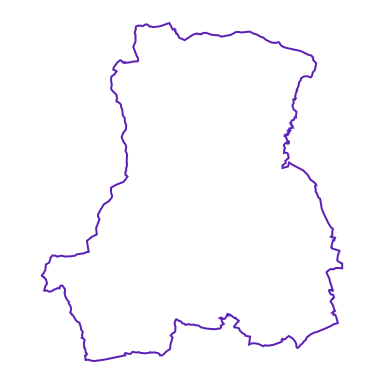 Chiojdeanca, Prahova, Romania (Natural Earth projection)
{"feature_id": "2599482B41397862941548", "entity_name": "Chiojdeanca", "entity_type": "district", "adm_level": 2, "iso_a3": "ROU", "parent_name": "Romania", "parent_adm1": "Prahova", "projection": "natural_earth1", "projection_center": [26.277, 45.174], "detail": "fine", "context": "isolated", "style": "outline", "palette": "violet", "viewbox_px": 384, "rotation_deg": 0, "n_neighbors": 0, "source": "geoboundaries", "source_scale": "gbopen_adm2", "svg_char_len": 5916}
<svg xmlns="http://www.w3.org/2000/svg" viewBox="0 0 384 384"><path d="M297.4,348.0L298.8,347.1L300.8,344.5L302.3,343.7L304.1,341.2L305.7,340.0L306.7,337.5L307.5,336.6L308.6,336.2L309.5,335.1L314.4,332.5L316.3,332.2L326.5,328.0L331.6,325.6L333.3,324.4L337.8,323.1L336.4,317.6L335.4,315.1L334.5,314.5L333.5,314.8L333.4,313.5L333.0,312.9L332.2,312.8L332.7,312.2L333.3,312.5L333.3,311.7L335.0,310.9L334.3,309.7L332.8,304.9L330.6,301.5L331.8,299.3L333.0,298.9L333.1,298.1L333.8,297.7L333.5,297.4L333.8,296.8L333.3,294.9L330.9,294.4L330.0,293.3L329.1,291.0L329.1,290.2L329.8,289.9L331.0,289.9L331.9,290.8L332.9,290.6L329.8,281.0L329.5,279.0L326.6,272.7L326.9,271.7L330.6,269.0L333.4,269.3L336.2,267.9L342.2,268.3L342.2,263.5L339.6,262.3L337.8,261.1L337.2,260.2L337.9,255.4L339.5,250.8L332.0,248.4L331.5,247.8L331.7,246.9L331.3,246.7L333.1,240.1L334.3,240.3L335.1,237.7L332.1,237.4L330.9,236.8L332.4,235.3L332.1,233.8L332.3,233.5L332.4,230.7L333.0,228.9L331.1,227.5L328.7,223.8L323.3,212.7L321.8,208.8L320.1,198.7L319.1,198.1L318.1,196.8L316.8,193.2L315.6,191.7L315.7,189.3L315.0,186.1L316.4,185.4L315.8,184.1L314.2,182.3L310.5,179.7L307.8,175.0L303.3,170.5L291.5,164.2L289.1,162.5L288.0,166.5L282.5,168.0L282.4,165.5L285.6,163.0L285.8,162.4L285.3,160.8L288.7,158.0L288.4,157.3L288.5,156.2L288.0,155.4L288.1,154.5L287.4,153.1L284.9,152.6L284.0,152.9L284.0,152.5L284.3,149.4L285.0,148.3L283.8,145.2L285.0,143.6L286.5,142.5L287.7,143.7L288.7,143.5L288.9,143.3L288.5,142.6L289.0,141.8L288.3,141.0L287.3,140.7L286.2,137.6L285.4,136.4L284.5,136.1L284.6,135.3L285.3,134.6L286.6,135.2L287.2,134.6L287.7,135.0L288.3,134.1L287.4,133.7L287.7,132.9L288.0,132.6L288.6,133.0L289.3,132.1L288.2,130.9L289.6,130.9L290.4,130.3L289.1,129.1L289.2,128.5L292.8,127.7L292.3,127.2L292.7,126.1L292.1,125.4L291.2,125.2L291.3,123.9L290.3,123.1L291.2,122.6L291.3,121.4L292.1,120.2L293.4,120.1L294.1,119.4L294.6,117.9L294.5,117.5L296.0,117.4L295.6,116.7L295.9,116.4L296.5,111.7L293.6,109.4L292.4,105.5L293.7,103.0L293.3,99.6L293.9,99.0L295.1,99.6L295.9,98.2L295.1,97.0L295.9,93.0L297.2,90.6L296.6,89.9L298.2,86.9L299.1,82.4L300.8,79.9L301.0,78.4L303.7,76.6L305.6,76.2L307.8,76.4L310.6,77.4L312.0,75.8L312.7,72.6L314.9,69.9L316.2,63.3L313.1,59.9L313.1,57.4L312.4,57.0L311.4,55.5L308.8,55.0L300.6,51.0L285.8,47.8L282.3,46.4L280.9,45.3L279.2,42.6L278.5,42.1L275.8,42.9L271.7,42.6L266.0,39.9L263.2,37.5L260.9,36.9L256.7,34.4L254.0,33.8L249.8,31.6L241.1,32.5L239.1,32.0L236.0,32.0L231.0,34.8L221.9,36.6L220.7,36.5L218.8,35.4L212.0,34.9L206.0,32.8L202.7,33.1L201.4,34.3L200.0,33.9L198.4,34.2L196.9,33.4L192.8,34.8L184.8,40.1L179.4,37.9L178.5,36.4L178.2,35.1L177.1,34.3L177.0,33.6L176.2,33.5L175.6,31.8L175.0,31.3L175.6,30.2L175.3,29.5L174.4,28.9L172.8,29.6L169.3,23.0L160.3,26.2L153.8,27.1L152.4,27.0L151.2,26.4L149.6,26.7L148.7,25.4L146.6,24.3L145.0,24.7L142.9,26.1L139.1,25.5L136.2,26.3L135.5,28.6L135.9,29.6L135.2,30.7L134.7,33.4L135.6,35.0L135.4,37.4L135.7,38.3L135.4,39.0L135.6,41.1L133.3,47.0L136.7,55.9L138.2,58.7L137.8,61.3L133.4,61.5L130.2,62.3L124.2,63.0L123.8,62.8L124.2,62.2L122.6,62.2L120.9,60.3L119.7,60.5L117.0,62.9L113.7,67.5L113.1,70.3L113.5,69.7L116.6,71.3L114.6,74.2L111.5,76.5L111.1,78.2L111.2,82.1L111.8,84.2L111.1,88.6L111.8,90.1L115.8,94.1L116.7,95.4L116.6,96.6L117.2,98.9L116.5,100.2L116.4,101.3L119.5,103.0L121.0,104.8L121.2,107.5L122.2,109.2L122.8,115.4L124.3,117.4L124.8,118.9L124.8,121.6L126.2,125.1L126.0,129.3L123.3,132.8L121.7,136.9L122.1,138.5L123.8,142.3L125.3,144.2L126.3,146.9L125.5,150.9L127.1,154.4L126.6,162.1L127.0,163.3L126.7,167.0L126.0,168.2L126.3,170.2L125.3,172.3L125.5,174.9L127.5,176.4L125.4,179.7L123.3,182.0L116.3,184.7L111.0,187.7L111.1,192.8L112.2,195.9L111.7,197.7L108.6,201.4L103.9,204.3L100.8,209.3L98.0,214.5L98.1,216.7L99.5,219.3L96.1,228.1L96.8,234.4L91.8,236.9L86.9,240.9L88.7,251.8L87.1,252.0L83.2,253.5L77.2,254.2L75.0,255.7L70.4,256.3L64.7,256.5L61.6,255.7L57.0,256.6L55.6,255.7L52.3,255.5L50.4,258.0L50.2,260.0L49.0,262.7L45.9,264.5L45.4,269.7L44.0,272.7L41.8,275.4L42.2,276.3L44.1,277.1L44.6,278.2L45.9,279.3L46.9,282.8L46.9,283.9L45.2,286.4L44.2,290.6L46.7,290.5L49.1,291.6L51.4,291.4L54.1,289.5L55.7,289.2L57.6,288.1L59.5,288.4L59.9,286.3L62.2,285.4L64.9,288.9L64.7,290.1L65.1,291.2L64.5,292.6L65.4,296.5L67.2,299.9L68.9,301.8L68.7,303.4L70.1,305.5L70.9,307.5L71.1,309.2L70.3,312.9L71.7,313.8L72.0,314.9L73.0,315.4L75.7,320.0L77.5,321.8L79.4,322.7L81.1,328.0L81.0,329.4L82.8,331.9L82.0,335.3L82.4,336.9L81.7,337.8L83.9,338.9L84.7,340.1L83.8,343.2L84.2,345.6L84.0,347.3L85.1,348.5L85.8,352.8L86.6,353.2L86.8,354.3L86.5,355.0L85.0,355.6L85.4,357.1L85.4,359.2L85.7,360.0L88.3,359.7L91.9,360.8L94.6,361.0L104.6,359.6L125.3,355.3L124.7,353.7L125.2,353.2L126.4,353.1L128.2,353.9L130.6,353.9L132.5,351.8L136.6,352.6L138.8,352.1L140.4,352.9L145.1,353.3L148.6,352.9L150.2,352.2L151.1,352.6L154.6,352.4L157.9,353.1L159.9,354.5L160.1,355.5L162.5,355.3L166.7,351.2L170.1,349.1L170.5,344.4L172.6,337.6L170.7,335.6L172.5,333.5L174.8,332.1L175.2,331.5L175.5,326.9L174.6,323.7L174.7,322.6L175.9,319.5L176.6,319.3L179.0,320.9L181.1,321.5L182.1,323.1L184.1,323.8L185.5,324.9L188.5,324.1L191.0,324.8L194.0,324.6L195.8,325.4L198.4,325.4L201.2,327.4L205.6,328.4L212.4,329.1L216.2,329.1L218.1,328.5L219.1,328.8L220.2,328.4L221.1,327.4L220.9,325.6L223.8,323.8L221.9,321.6L221.4,319.2L219.9,318.1L221.5,317.6L223.4,319.0L224.5,318.9L225.9,317.5L226.9,315.6L228.1,315.6L227.2,314.4L227.7,313.9L230.4,314.9L234.6,318.1L235.7,317.9L236.1,318.8L238.8,320.7L238.5,321.6L237.4,322.3L234.0,326.6L234.1,327.0L234.8,327.5L237.2,327.7L239.0,328.4L239.8,330.5L242.6,333.3L244.9,334.3L245.5,335.8L250.1,336.6L249.1,344.5L251.8,343.4L255.3,343.3L259.1,344.2L263.3,346.3L265.3,345.2L267.3,345.7L272.8,345.0L280.7,342.2L282.2,341.1L281.6,340.1L281.7,339.4L282.9,338.8L283.9,339.5L285.0,339.3L287.0,337.3L288.9,336.0L292.9,338.7L295.2,341.7L296.3,344.1L296.3,346.6L297.4,348.0Z" fill="none" stroke="#5b21b6" stroke-width="2"/></svg>